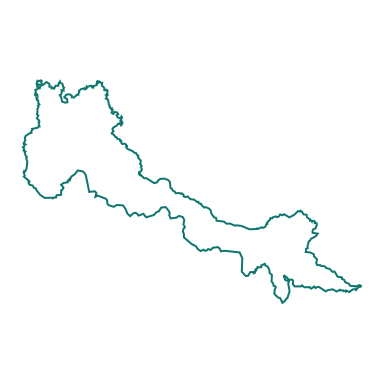 outline of Tulcan, Carchi, Ecuador
{"feature_id": "8360857B85617002422218", "entity_name": "Tulcan", "entity_type": "district", "adm_level": 2, "iso_a3": "ECU", "parent_name": "Ecuador", "parent_adm1": "Carchi", "projection": "robinson", "projection_center": [-78.021, 0.901], "detail": "fine", "context": "isolated", "style": "outline", "palette": "teal", "viewbox_px": 384, "rotation_deg": 0, "n_neighbors": 0, "source": "geoboundaries", "source_scale": "gbopen_adm2", "svg_char_len": 5869}
<svg xmlns="http://www.w3.org/2000/svg" viewBox="0 0 384 384"><path d="M245.8,276.0L248.0,275.8L250.3,272.1L253.7,272.0L253.7,273.2L254.8,272.9L255.4,269.5L256.2,269.0L256.5,269.6L257.6,266.9L258.8,267.5L261.3,267.2L261.2,265.5L264.8,263.8L265.1,265.2L268.0,267.0L269.3,269.9L269.6,273.0L271.9,274.9L271.6,281.6L273.1,283.3L273.7,285.9L274.8,286.0L275.8,287.2L274.6,290.1L274.3,293.7L277.8,297.4L280.1,298.0L282.8,303.6L282.6,301.9L284.6,301.4L286.2,298.8L287.3,298.3L289.6,291.3L288.2,283.5L288.9,281.4L285.2,279.9L283.8,276.1L284.6,275.6L285.5,277.2L285.9,276.8L287.0,277.6L289.3,280.3L290.9,279.4L292.6,280.0L293.2,281.2L292.8,284.1L294.5,286.4L301.0,286.4L301.9,285.4L304.4,287.3L309.7,287.1L309.7,287.8L311.4,288.6L314.1,286.5L315.5,288.1L317.0,287.1L319.0,287.0L325.8,291.4L327.4,290.3L332.7,289.3L336.7,291.5L340.0,289.7L340.6,290.5L343.0,290.3L343.5,291.2L345.6,290.6L346.0,291.6L346.8,290.8L349.3,292.0L352.7,289.4L355.8,289.1L356.1,289.9L358.6,287.1L360.7,286.7L361.0,285.9L359.5,285.1L355.3,286.7L354.7,286.0L350.2,285.9L348.8,283.6L345.3,282.3L344.2,279.9L342.0,278.9L342.0,277.5L337.6,276.7L334.5,271.5L332.7,271.9L329.7,269.0L326.1,268.0L324.8,266.3L321.1,266.0L320.2,265.1L317.3,265.2L316.2,263.2L317.0,259.3L313.9,256.2L313.9,254.3L310.0,252.4L305.7,252.0L306.2,248.7L307.7,248.2L307.6,245.9L308.8,241.4L310.1,240.6L310.7,239.0L315.9,236.1L317.7,233.6L312.6,232.8L312.5,231.1L313.4,229.2L315.4,228.5L316.9,224.8L316.6,223.1L314.8,223.1L315.0,221.8L313.8,220.8L312.1,221.0L311.9,221.7L310.6,220.0L310.0,220.4L309.8,218.6L309.6,219.2L307.1,217.4L306.6,214.8L303.4,214.3L302.1,211.7L301.1,211.7L300.5,210.7L299.7,211.4L298.0,211.1L294.3,214.8L289.4,217.4L284.1,214.2L282.5,215.3L280.2,214.4L278.9,216.4L277.2,217.2L275.6,216.4L272.7,217.4L272.2,218.3L270.3,218.2L270.2,219.4L267.1,222.5L267.4,223.8L266.7,223.9L265.1,226.9L262.8,227.9L261.5,227.3L257.6,229.0L256.9,228.4L256.2,229.0L249.5,229.3L241.4,225.9L236.5,225.3L235.0,225.7L229.9,223.6L226.5,223.7L223.9,221.6L216.6,220.7L216.1,218.0L213.9,217.2L211.3,213.3L210.5,210.0L208.7,208.4L205.7,207.1L204.2,207.6L201.3,204.8L201.2,203.9L198.7,203.1L198.4,201.8L197.2,202.0L194.0,199.6L190.4,199.2L187.6,196.4L185.6,197.1L183.5,196.3L183.6,194.8L181.8,193.3L180.9,193.9L179.2,193.0L175.8,193.3L174.7,191.6L172.5,190.3L172.1,188.8L170.6,188.1L169.8,181.8L168.2,180.1L165.1,178.7L160.4,178.8L158.0,180.6L157.2,182.3L154.3,183.2L146.5,178.3L143.9,178.1L141.0,175.1L140.2,175.4L139.3,174.5L139.7,173.6L138.9,173.4L139.1,172.1L141.0,171.3L141.9,169.5L141.0,167.2L141.7,166.0L140.0,163.8L140.6,163.2L140.7,160.5L138.1,157.7L138.3,155.8L137.6,155.7L135.9,152.9L134.4,152.8L132.8,151.2L127.6,148.9L126.3,147.6L126.8,146.8L126.2,146.2L126.9,145.8L125.9,144.5L124.7,143.7L122.2,144.0L121.2,142.7L121.3,140.8L119.8,140.6L119.9,139.4L116.9,138.5L116.8,137.4L115.4,137.0L113.9,134.8L111.8,133.7L111.9,132.8L113.5,131.4L112.4,129.1L113.3,127.6L116.7,125.6L118.3,123.6L120.6,124.4L121.1,125.4L121.6,125.0L121.8,123.3L122.5,122.9L121.7,121.2L120.4,122.1L120.3,120.9L122.1,117.5L121.4,116.5L120.9,117.9L119.6,118.2L117.6,117.3L116.5,115.2L118.2,114.2L117.2,112.6L114.4,111.8L113.4,113.9L111.6,112.8L112.6,109.7L111.5,109.5L111.7,108.3L110.8,108.5L109.6,107.2L110.0,106.2L108.9,104.7L108.1,100.0L106.1,98.7L106.9,98.3L106.3,96.1L107.4,95.2L106.3,94.8L107.3,94.2L106.9,93.4L107.5,92.6L107.4,90.5L106.8,89.8L105.7,90.5L104.1,89.8L104.6,88.8L104.0,87.5L101.9,85.7L102.1,82.9L101.2,83.1L99.5,81.5L98.2,82.8L98.3,81.6L97.5,81.1L96.9,81.8L96.6,85.1L93.1,86.2L93.3,87.6L92.1,87.5L91.7,85.9L90.5,85.8L87.6,86.9L86.8,86.4L86.9,87.9L85.8,89.1L84.9,88.0L84.1,89.2L83.2,88.6L81.0,89.1L78.9,90.8L79.3,92.1L78.4,93.4L78.4,94.8L76.8,94.8L74.2,97.4L71.8,97.3L71.8,95.8L70.0,94.4L66.7,94.5L64.3,96.9L64.5,97.7L66.8,98.8L67.3,100.3L67.4,102.3L65.4,102.7L62.1,101.6L61.3,97.8L59.8,95.2L61.0,94.7L61.9,91.8L61.6,90.2L63.6,90.6L63.4,88.7L64.1,87.7L63.0,86.6L62.7,84.4L61.7,83.3L60.1,83.0L59.9,81.7L58.6,83.4L58.3,85.8L55.7,85.7L54.1,88.6L53.4,87.9L51.6,88.5L51.3,86.6L49.4,86.7L49.4,84.0L46.5,82.0L42.9,85.1L41.1,82.5L41.7,80.7L40.6,80.4L39.0,81.2L37.5,80.7L36.6,83.6L37.1,85.9L38.4,84.3L40.9,85.3L39.7,88.3L38.5,87.2L37.5,89.0L35.3,89.9L35.8,91.4L35.0,94.9L35.4,95.5L36.7,94.1L37.3,94.7L37.5,97.6L36.4,98.0L36.9,99.9L38.1,100.2L38.4,103.4L39.4,104.4L37.9,105.6L38.5,106.6L37.4,109.1L37.5,112.0L36.9,114.3L38.3,115.4L36.8,118.3L39.2,120.5L39.3,122.0L38.6,122.2L39.5,126.5L38.2,126.5L37.7,127.7L32.1,128.9L32.5,129.7L31.2,131.5L31.5,132.8L29.4,133.4L25.7,136.0L24.8,137.7L25.3,140.2L23.7,143.2L25.3,144.3L24.1,144.6L24.5,145.9L23.0,147.3L24.2,148.5L23.6,150.6L25.5,151.4L24.7,152.5L25.7,155.8L26.9,157.0L26.2,158.5L27.4,162.0L26.4,169.0L25.2,171.4L24.2,171.0L23.7,171.8L24.7,175.6L23.9,176.6L29.3,181.1L29.4,181.8L28.5,181.7L28.8,183.6L29.8,184.8L32.7,185.5L34.1,188.0L35.7,188.3L36.5,190.3L40.2,194.9L44.7,197.9L51.9,197.7L52.7,198.4L54.4,197.4L56.0,197.5L56.6,195.3L61.1,194.8L61.2,190.4L62.2,189.9L63.5,187.6L61.1,184.8L63.7,182.9L67.7,182.3L67.5,181.4L68.3,180.1L69.7,180.6L70.2,179.8L69.7,178.6L70.9,177.9L71.3,176.6L74.9,174.2L77.6,170.5L82.6,171.3L84.3,172.7L85.9,175.5L89.2,191.9L94.8,191.3L96.4,193.0L95.4,196.8L97.8,195.6L105.9,198.8L107.0,200.1L107.6,204.3L108.5,205.1L113.7,206.8L116.8,205.0L123.0,205.4L125.6,209.1L127.4,213.6L130.2,216.2L133.2,213.4L135.2,212.8L137.2,213.7L138.5,215.6L143.4,213.8L146.1,217.3L153.7,215.1L156.7,212.1L159.1,211.1L161.1,207.6L165.8,207.1L169.2,211.6L169.7,213.6L169.2,215.0L170.6,218.4L176.3,217.7L179.1,215.9L182.8,217.1L184.3,220.1L183.4,224.6L184.9,226.8L184.7,227.7L183.5,228.5L182.9,231.5L183.9,234.0L184.0,237.4L191.4,243.9L195.9,246.2L197.6,248.9L199.9,250.6L200.7,251.0L203.6,249.7L204.6,250.7L206.3,250.7L208.2,249.0L210.6,250.0L212.8,247.8L217.8,247.1L219.6,248.4L220.9,251.3L224.8,250.8L239.6,252.4L242.3,258.2L241.8,271.7L245.8,276.0Z" fill="none" stroke="#0f766e" stroke-width="2"/></svg>